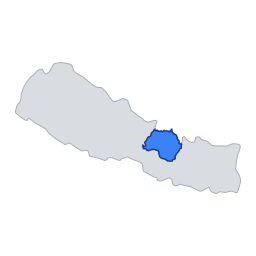 Bagmati on a map of Nepal (Robinson projection)
{"feature_id": "NPL-1130", "entity_name": "Bagmati", "entity_type": "District", "adm_level": 1, "iso_a3": "NPL", "parent_name": "Nepal", "parent_adm1": "", "projection": "robinson", "projection_center": [85.32, 27.846], "detail": "fine", "context": "in_parent", "style": "filled", "palette": "blue", "viewbox_px": 256, "rotation_deg": 0, "n_neighbors": 0, "source": "natural_earth", "source_scale": "10m", "svg_char_len": 4796}
<svg xmlns="http://www.w3.org/2000/svg" viewBox="0 0 256 256"><path d="M239.0,144.4L240.1,145.3L240.2,146.7L240.0,148.4L238.9,151.8L237.9,154.3L236.7,159.5L235.6,168.4L235.9,170.0L239.2,175.1L240.5,179.1L240.6,181.7L239.3,186.3L237.7,191.4L237.0,192.5L236.1,192.9L232.0,191.1L229.2,191.4L226.0,192.4L222.6,192.2L219.8,191.6L216.3,193.6L212.9,192.5L210.8,191.2L209.3,187.7L208.7,187.3L201.7,191.0L200.0,191.2L195.6,189.2L191.9,187.2L190.6,186.6L187.1,185.9L184.0,185.4L180.6,184.2L176.4,185.8L174.6,185.7L173.0,184.5L172.2,182.1L172.0,179.9L170.6,178.3L168.3,178.0L165.2,179.4L160.7,181.2L159.2,180.9L157.8,180.4L157.3,179.9L156.7,177.8L156.0,177.3L154.9,177.2L153.1,176.7L150.7,175.2L143.7,171.4L142.9,169.8L142.9,166.1L142.5,164.6L141.6,163.0L138.1,161.4L131.1,158.8L127.2,156.8L125.4,157.7L121.8,158.6L119.9,160.5L117.6,159.9L112.2,157.9L109.3,157.6L107.5,158.3L107.1,159.4L104.9,160.7L102.8,159.7L98.6,158.3L95.0,157.5L89.4,155.9L88.8,153.3L87.9,150.8L86.6,150.4L81.6,150.9L77.1,148.1L72.2,144.6L70.2,143.4L68.8,143.0L67.6,143.5L66.3,144.3L65.0,144.5L62.4,143.0L59.0,140.8L54.9,138.2L50.1,134.4L48.1,132.3L47.2,130.8L46.2,129.3L42.0,126.8L38.6,124.9L34.6,122.6L34.0,122.1L32.4,120.8L30.1,119.0L28.2,118.5L27.6,119.5L27.1,120.5L25.4,120.2L22.9,118.5L20.2,116.6L18.0,114.9L15.9,113.1L15.4,111.8L16.3,107.8L17.6,104.3L18.7,103.5L20.5,101.3L21.2,97.2L21.2,93.8L23.0,89.0L25.4,83.8L29.5,78.3L31.3,76.4L33.3,75.2L37.1,71.1L37.9,70.4L39.5,69.4L41.2,69.1L42.4,69.6L43.6,71.8L45.1,73.8L46.9,73.7L49.1,72.0L53.7,64.0L59.9,62.4L65.8,63.2L71.0,64.4L72.5,67.0L73.4,69.8L74.1,71.3L75.8,72.9L83.1,76.9L87.3,80.5L93.2,85.3L97.6,87.5L101.5,87.6L103.7,89.5L107.0,93.3L109.8,97.6L113.3,101.6L115.7,101.5L119.0,100.2L123.1,98.5L125.5,99.3L127.7,100.4L128.4,102.5L129.7,106.4L131.2,110.5L133.5,111.9L136.2,114.0L137.7,115.6L142.8,118.7L143.6,119.9L144.6,120.8L145.9,121.3L146.9,121.9L148.5,122.1L154.5,120.3L156.0,120.5L156.9,120.9L157.0,121.5L155.9,124.4L155.0,128.1L155.9,129.9L158.4,130.6L163.9,131.2L171.4,131.1L173.6,133.0L175.9,135.8L178.1,140.5L179.0,142.5L180.2,143.1L182.1,142.3L182.4,140.4L182.5,137.5L184.1,136.5L185.1,137.2L186.4,139.5L189.4,141.5L191.7,142.5L193.8,142.2L194.7,141.4L195.7,137.4L197.4,136.8L199.5,137.1L200.3,137.9L201.2,139.5L203.7,140.2L206.3,141.2L208.7,142.5L212.0,145.5L216.2,146.0L221.0,145.9L223.6,146.0L225.4,146.2L227.1,146.0L232.0,143.9L234.1,143.7L236.6,144.0L239.0,144.4Z" fill="#d9dde1" stroke="#a8b0b8" stroke-width="1"/><path d="M154.8,129.4L154.8,129.8L155.0,130.3L155.6,130.7L156.3,130.7L156.8,130.4L157.3,130.3L158.2,131.1L158.7,131.3L159.3,131.5L159.7,131.5L160.1,131.4L160.9,131.0L161.2,131.0L161.6,131.1L161.8,131.4L162.1,131.7L162.6,131.7L163.0,131.5L163.7,130.8L164.1,130.5L164.5,130.5L164.9,130.7L165.7,131.1L166.3,131.0L167.0,131.0L167.6,131.0L168.2,131.2L168.8,131.6L169.2,132.0L169.5,132.0L170.3,130.8L170.5,130.6L171.1,130.4L171.3,130.2L171.3,129.9L171.3,129.6L171.4,129.3L171.8,129.3L171.9,130.0L172.0,131.4L172.4,132.3L172.9,133.0L173.5,133.6L174.3,134.1L175.5,134.6L176.1,135.0L176.5,135.5L176.6,135.9L176.7,136.6L177.2,137.2L177.3,137.5L177.2,137.9L177.3,138.3L177.5,139.0L177.8,139.5L178.7,140.4L179.1,141.0L179.1,141.6L179.0,142.2L179.0,142.9L179.3,143.7L179.8,143.9L181.0,143.8L181.7,143.9L181.8,143.8L181.3,145.3L181.2,146.1L181.3,147.2L181.3,147.9L181.2,148.3L180.4,148.6L180.2,148.6L179.9,148.9L179.5,149.5L179.1,150.5L178.8,151.1L178.4,151.6L177.3,152.8L176.0,154.5L175.9,155.0L175.6,155.6L175.4,155.9L175.1,156.3L175.0,156.5L175.1,156.9L175.1,157.1L175.3,158.5L174.6,159.2L173.0,159.5L172.7,159.7L172.5,159.9L172.5,160.2L172.4,160.6L172.2,161.0L171.9,161.1L171.5,161.2L167.5,160.9L167.3,160.8L167.1,160.7L166.5,160.2L165.8,159.6L165.1,159.2L164.3,158.9L163.4,158.7L162.2,158.5L160.5,157.5L160.1,157.1L159.8,156.8L159.7,156.5L159.6,155.7L159.4,155.3L159.3,155.1L159.2,154.9L159.1,154.7L159.0,154.4L158.8,152.3L158.4,151.1L158.3,150.8L158.1,150.7L157.8,150.5L156.5,150.3L155.0,149.6L154.6,149.4L154.2,149.4L152.3,149.5L152.0,149.5L151.2,149.8L150.6,149.8L150.0,150.0L149.4,150.4L149.0,150.6L148.6,150.6L146.9,150.4L146.6,149.4L146.4,149.2L146.2,149.0L145.9,148.8L143.9,148.7L143.4,148.6L143.3,148.3L143.4,148.1L143.4,147.9L143.3,147.6L143.0,147.1L142.8,146.8L142.6,146.5L142.6,146.3L142.6,146.1L142.9,145.6L142.9,145.3L143.2,145.5L143.3,145.6L143.4,145.8L143.6,146.0L143.9,146.3L144.2,146.4L144.5,146.4L144.9,146.4L145.1,146.3L145.4,146.1L145.5,145.8L145.6,145.1L145.6,144.7L145.4,144.2L144.9,143.2L144.8,142.9L144.7,142.7L144.8,142.3L144.9,142.0L145.8,141.2L146.2,140.7L147.6,137.8L147.8,137.5L148.1,137.2L148.6,136.9L149.2,136.7L149.9,136.5L150.2,136.4L150.5,136.0L150.8,135.3L151.3,133.5L151.5,133.0L151.9,132.5L153.0,131.6L153.3,131.3L153.9,130.1L154.3,129.7L154.8,129.4L154.8,129.4Z" fill="#3b82f6" stroke="#1e3a8a" stroke-width="1.5"/></svg>